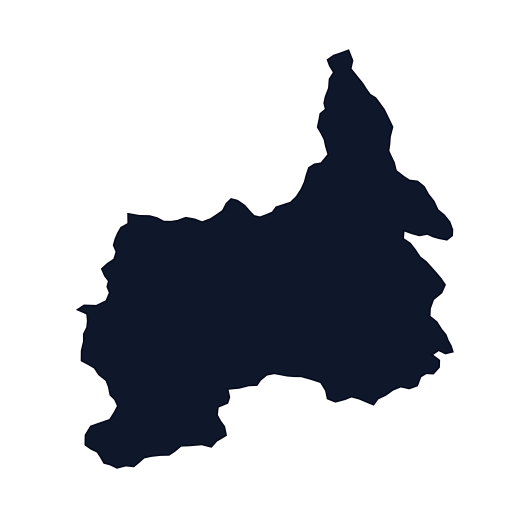 outline of Gonzaga, Minas Gerais, Brazil, rotated 261°
{"feature_id": "56859067B49694268635094", "entity_name": "Gonzaga", "entity_type": "district", "adm_level": 2, "iso_a3": "BRA", "parent_name": "Brazil", "parent_adm1": "Minas Gerais", "projection": "albers", "projection_center": [-42.499, -18.87], "detail": "fine", "context": "isolated", "style": "filled", "palette": "ink", "viewbox_px": 512, "rotation_deg": 261, "n_neighbors": 0, "source": "geoboundaries", "source_scale": "gbopen_adm2", "svg_char_len": 2559}
<svg xmlns="http://www.w3.org/2000/svg" viewBox="0 0 512 512"><g transform="rotate(261 256 256)"><path d="M444.8,379.6L442.9,370.3L441.9,364.0L438.6,357.3L432.5,358.5L425.2,361.5L419.2,356.2L410.5,354.2L402.4,349.5L396.3,347.2L390.0,347.7L386.5,341.7L380.2,339.5L373.6,337.0L367.6,339.4L360.6,341.7L353.5,342.1L345.0,343.2L337.5,334.8L337.5,328.0L334.9,322.0L328.0,318.4L321.6,315.6L314.9,311.2L308.2,305.2L303.5,298.5L302.1,289.9L301.1,283.5L296.6,279.1L295.0,272.7L293.7,266.0L296.0,260.3L301.3,256.6L307.6,252.7L313.7,246.3L316.3,240.3L312.4,234.9L306.0,230.2L302.9,223.9L299.8,217.1L297.9,208.1L301.9,201.2L304.9,192.7L303.2,184.1L303.2,177.7L304.5,170.3L309.0,164.3L312.2,157.2L314.1,146.8L317.8,136.2L308.0,134.8L305.2,127.1L300.1,123.0L295.0,119.8L289.0,117.0L282.0,118.7L275.0,115.3L271.8,108.3L267.4,101.6L259.9,103.6L254.4,106.6L249.0,104.2L242.7,105.7L235.1,101.0L231.9,90.5L234.2,78.5L230.9,71.2L225.3,80.0L218.3,79.6L211.9,77.9L205.9,73.6L198.6,72.5L189.8,68.9L179.9,67.2L175.2,73.5L170.8,78.9L163.5,82.2L156.5,88.6L149.8,90.0L141.6,90.3L136.2,94.2L129.5,96.0L124.1,92.0L117.2,86.0L115.3,75.3L113.7,66.2L105.8,59.5L96.2,57.8L91.2,62.9L87.4,68.5L81.7,71.1L75.3,73.5L72.8,79.2L68.4,85.6L69.3,94.6L67.2,102.3L70.6,108.1L74.3,113.8L74.7,121.5L74.3,130.1L73.1,138.9L76.0,145.2L80.2,152.2L79.2,160.6L78.3,173.0L74.4,182.0L79.4,188.0L83.6,198.5L92.5,198.1L98.2,195.1L104.9,192.7L112.8,194.8L115.2,204.9L120.7,207.7L129.0,207.2L128.3,218.8L129.2,228.6L128.3,236.7L132.8,241.0L136.9,247.9L137.2,255.7L135.0,262.0L132.8,268.1L131.2,274.8L130.0,281.8L125.9,290.8L121.1,300.2L112.2,303.9L103.9,304.3L99.5,311.6L100.5,321.2L102.1,328.3L98.9,335.5L94.6,342.4L90.7,348.8L96.0,354.1L98.3,362.2L102.3,370.2L104.3,378.5L101.1,386.6L102.7,395.0L111.0,399.7L113.5,405.8L112.0,412.7L117.5,419.5L124.3,420.8L130.9,414.4L134.3,421.7L130.0,427.8L130.6,435.5L136.9,434.5L142.3,432.5L148.4,431.2L154.3,427.8L162.6,424.2L169.2,418.2L176.8,419.7L185.4,424.4L190.7,433.6L198.0,438.3L204.7,435.1L211.3,431.1L217.1,427.4L223.7,423.1L229.3,417.8L237.4,414.1L244.3,410.3L250.1,404.1L258.0,406.0L253.8,413.7L250.7,420.5L250.9,428.7L247.5,433.8L244.9,439.4L242.1,447.1L245.5,453.0L251.3,454.2L259.4,452.6L266.9,448.3L273.1,442.8L282.3,440.2L289.9,435.9L298.1,432.9L304.5,427.2L306.7,419.4L311.2,414.4L318.4,407.7L326.7,407.0L333.3,405.0L339.1,403.4L345.6,405.4L352.9,407.1L362.1,411.1L371.0,408.4L380.8,405.4L388.2,401.6L393.5,398.8L397.6,393.9L403.6,390.9L409.7,388.3L417.3,383.9L426.1,378.9L434.0,382.0L444.8,379.6Z" fill="#0f172a" stroke="#020617" stroke-width="1.5"/></g></svg>